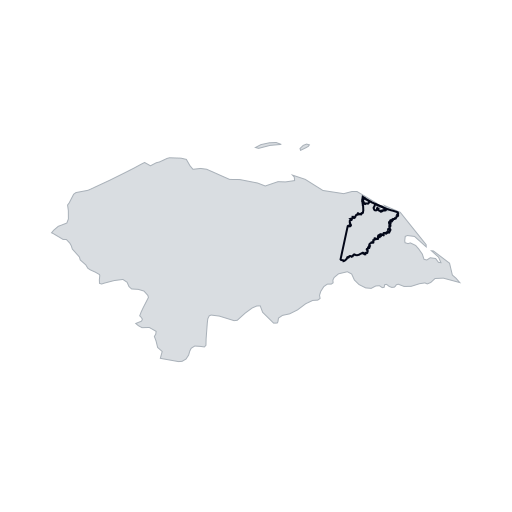 Brus Laguna, Gracias a Dios, Honduras shown in context, rotated 12°
{"feature_id": "27666195B63914214220022", "entity_name": "Brus Laguna", "entity_type": "district", "adm_level": 2, "iso_a3": "HND", "parent_name": "Honduras", "parent_adm1": "Gracias a Dios", "projection": "albers", "projection_center": [-84.625, 15.441], "detail": "fine", "context": "in_parent", "style": "outline", "palette": "ink", "viewbox_px": 512, "rotation_deg": 12, "n_neighbors": 0, "source": "geoboundaries", "source_scale": "gbopen_adm2", "svg_char_len": 8352}
<svg xmlns="http://www.w3.org/2000/svg" viewBox="0 0 512 512"><g transform="rotate(12 256 256)"><path d="M460.8,239.6L443.8,238.7L435.8,240.8L432.4,245.6L429.3,247.7L426.8,247.2L421.7,249.1L414.1,253.4L407.2,255.0L401.0,254.0L399.2,255.0L398.7,256.4L397.8,257.7L395.4,258.5L392.7,258.1L389.6,256.6L387.9,257.2L387.8,260.0L386.1,260.7L382.9,259.4L379.4,260.4L375.4,263.7L369.9,264.4L362.7,262.5L357.2,259.0L353.3,253.7L348.6,252.4L340.4,256.3L336.9,260.8L336.2,263.6L337.0,266.2L335.5,267.8L331.6,268.7L328.7,271.8L326.7,277.1L326.3,281.2L327.5,284.2L325.6,286.3L320.6,287.7L314.6,292.3L307.8,300.1L300.9,305.6L294.2,308.6L290.9,312.1L291.1,315.9L290.7,317.1L289.4,317.5L287.2,318.0L274.2,309.7L270.5,303.9L267.2,304.7L263.1,307.6L257.3,314.1L251.0,322.8L248.0,323.8L232.6,322.4L224.4,323.1L222.7,324.2L221.9,327.4L222.3,331.8L224.4,347.3L225.6,353.7L224.4,355.7L220.2,356.0L214.8,356.8L211.8,359.7L211.0,362.7L210.7,366.9L209.0,371.3L205.6,374.4L202.2,375.4L183.7,376.0L184.1,368.9L178.8,365.9L175.9,359.9L173.3,355.8L174.2,353.3L174.0,350.5L166.5,348.1L159.4,349.8L155.4,348.6L152.4,347.0L157.6,343.5L158.0,341.4L156.4,339.8L154.7,338.7L155.3,334.7L156.4,330.0L159.4,318.9L158.4,317.0L153.7,313.6L147.8,313.1L141.2,314.1L138.1,312.3L135.4,308.5L130.7,306.6L122.4,309.5L113.6,313.9L110.8,315.5L108.6,315.3L107.7,311.8L107.3,307.7L106.8,306.7L102.2,305.2L96.7,304.0L94.0,302.9L91.4,300.1L84.9,296.4L83.5,293.7L74.9,287.4L73.2,284.4L71.3,282.2L67.1,279.3L63.8,279.9L52.9,276.2L51.2,275.8L52.8,272.8L56.4,268.1L64.1,263.1L64.8,258.8L63.0,250.6L61.1,245.3L62.2,243.0L64.8,233.5L66.7,231.4L77.7,226.8L78.7,226.2L87.5,219.6L97.2,212.3L107.3,204.3L118.5,195.3L124.7,190.0L127.6,187.7L134.0,189.7L139.1,185.5L142.0,184.1L148.8,179.0L151.0,177.9L162.3,175.9L167.8,176.0L172.6,181.4L176.3,184.3L183.5,181.9L189.6,181.4L214.3,186.6L224.2,184.6L242.4,184.3L250.5,185.6L262.1,178.7L269.5,177.4L278.1,174.2L277.0,170.8L274.9,169.3L288.2,170.8L307.8,178.0L328.8,176.8L336.4,173.0L341.3,171.9L362.7,179.2L368.4,184.7L372.8,185.3L376.3,184.0L377.2,182.9L373.0,181.6L371.0,179.9L388.0,183.3L420.0,209.5L420.6,211.7L407.0,203.9L399.8,204.5L397.9,205.8L398.3,210.1L399.0,212.0L402.1,212.3L404.3,211.1L410.0,212.5L413.7,215.3L418.3,219.6L421.0,224.3L423.9,224.4L426.8,221.5L432.2,221.1L435.8,224.3L438.3,224.1L434.8,219.2L426.5,214.4L428.5,214.2L446.8,222.8L452.0,233.8L456.3,236.2L460.8,239.6ZM246.7,144.9L236.1,150.2L232.9,150.0L237.7,146.0L245.5,142.5L252.1,140.8L257.5,141.6L246.7,144.9ZM282.6,139.5L277.6,143.4L276.7,141.7L279.2,138.0L282.2,136.0L285.1,136.2L284.4,137.8L282.6,139.5Z" fill="#d9dde1" stroke="#a8b0b8" stroke-width="1"/><path d="M339.5,207.7L339.4,241.7L340.1,242.2L342.3,242.1L342.5,242.2L342.7,242.8L343.1,242.6L344.0,241.8L344.6,241.0L344.6,240.8L345.2,240.2L345.4,239.6L345.5,238.8L345.7,238.1L346.0,238.1L346.6,238.4L346.9,238.2L347.1,237.9L347.0,237.3L347.3,236.9L347.8,236.5L348.8,236.4L349.5,236.9L349.8,236.7L350.0,236.4L350.5,236.3L350.6,236.0L350.7,235.3L351.1,235.0L351.3,235.0L351.5,234.7L351.4,234.3L351.7,234.0L353.0,234.2L353.5,234.4L354.8,234.2L356.6,233.3L357.2,232.7L357.6,232.3L358.3,231.8L359.2,231.0L359.7,230.6L360.0,230.6L360.1,231.2L360.4,231.4L361.5,231.5L361.9,231.8L362.3,231.7L362.2,231.5L362.0,231.3L362.0,231.1L362.2,230.8L362.2,230.2L362.6,230.1L363.3,230.4L363.9,230.1L364.2,229.7L364.2,229.3L364.1,228.8L364.3,228.0L364.2,227.6L364.0,227.4L363.7,227.5L363.6,227.1L363.5,226.9L363.0,226.7L362.9,226.4L363.0,226.1L363.6,225.9L364.0,225.6L364.1,224.9L363.8,224.4L363.9,224.1L364.3,223.9L364.6,224.1L364.7,224.5L364.9,224.6L365.1,224.6L365.2,224.4L365.2,223.7L365.1,223.2L365.3,222.8L365.4,222.5L365.1,222.3L364.5,222.3L364.5,222.1L364.8,221.9L364.5,221.4L364.6,220.7L365.0,220.1L365.9,219.3L366.1,218.6L366.7,218.5L367.6,218.8L368.0,218.4L367.9,218.0L367.5,217.6L367.5,217.3L367.8,216.8L367.5,216.5L367.4,216.2L368.0,215.8L368.3,215.4L368.3,214.8L368.4,214.7L368.6,214.7L369.1,215.0L369.3,214.9L369.1,214.6L368.4,214.3L368.4,214.0L368.7,213.9L369.1,214.2L369.9,214.1L370.3,214.2L370.9,214.2L371.1,214.1L371.7,214.0L371.8,213.9L371.7,213.2L371.9,212.8L371.3,212.2L371.3,211.4L371.2,211.2L371.3,210.9L371.5,211.1L371.8,211.2L372.2,211.2L372.5,211.6L373.1,211.7L373.2,211.3L373.2,210.8L373.0,210.5L372.3,210.3L372.2,209.9L372.4,209.7L372.6,209.7L373.2,210.0L373.4,210.3L373.6,210.9L374.0,210.7L374.2,210.1L374.2,209.9L374.1,209.6L373.2,209.7L372.8,209.2L373.0,208.9L373.5,208.7L374.3,208.7L374.5,208.8L374.7,209.5L375.7,209.0L376.5,209.2L376.6,208.9L375.8,208.5L376.1,207.0L377.3,206.6L377.9,206.7L378.3,207.1L378.7,207.1L379.6,206.1L379.4,205.9L378.6,206.0L378.8,205.6L379.2,205.4L379.9,205.5L380.1,204.8L380.3,204.8L380.6,204.6L380.8,204.6L380.9,204.8L381.0,205.5L381.4,205.4L381.5,205.0L381.3,204.6L381.3,204.2L381.7,203.9L381.8,203.8L381.7,203.3L382.0,202.9L382.1,202.5L381.9,202.1L381.6,201.8L380.6,201.8L380.2,202.0L379.9,202.5L379.7,202.6L379.7,202.1L380.5,201.4L380.9,200.7L380.9,200.2L380.7,199.9L380.4,199.7L380.5,199.4L380.9,199.4L381.0,199.2L380.3,199.0L380.2,198.9L380.4,198.6L380.9,198.5L381.0,198.2L380.9,198.2L380.4,198.2L380.2,198.1L380.1,197.9L380.2,197.2L379.8,196.9L379.9,196.7L380.1,196.6L380.7,196.5L380.8,196.2L380.4,195.9L379.9,195.7L379.2,195.7L379.1,195.3L380.1,194.8L380.6,194.2L381.5,194.2L381.7,193.9L381.6,193.7L381.4,193.6L381.1,193.6L380.5,193.9L380.2,194.0L379.9,193.7L379.9,193.4L380.2,193.0L380.5,192.9L380.9,193.2L381.2,193.2L381.5,193.1L381.9,192.6L382.0,192.9L382.4,192.6L382.4,192.4L381.9,191.7L382.1,191.5L382.3,191.7L382.5,191.7L382.8,191.5L382.8,191.2L383.5,191.1L383.9,191.0L384.1,190.2L384.5,190.3L384.9,190.2L385.0,189.6L385.3,188.8L385.2,188.0L386.0,187.8L386.3,187.6L386.6,187.0L386.5,186.8L385.5,186.2L385.6,185.9L386.1,185.9L386.3,185.8L386.3,185.6L386.3,185.1L385.9,184.7L385.8,184.1L385.5,183.8L384.2,183.6L380.1,183.2L378.5,183.2L376.0,182.9L374.2,182.8L371.1,182.1L368.9,181.4L367.0,181.2L364.9,180.7L362.8,180.3L362.7,180.4L363.8,181.0L364.0,181.0L363.7,180.7L365.0,181.0L365.4,181.2L366.8,181.5L367.2,181.7L368.2,181.8L369.8,182.2L371.3,182.3L372.2,182.7L372.2,182.9L372.0,183.1L372.3,183.3L373.0,183.4L373.3,183.9L373.4,184.2L373.1,184.4L372.8,184.2L372.5,183.8L372.4,183.7L372.2,183.9L372.1,184.5L371.6,184.3L371.3,184.9L370.3,185.0L370.0,185.2L370.3,185.8L370.2,185.9L369.7,186.1L369.6,186.3L368.9,186.1L368.8,186.3L369.1,186.5L368.8,186.7L368.6,186.6L368.5,186.3L368.3,186.2L367.1,186.1L366.7,185.9L366.1,185.2L366.0,184.9L365.8,184.8L365.9,184.5L365.5,184.4L365.1,183.9L364.7,183.7L364.5,184.5L364.9,185.4L364.7,186.0L363.8,186.5L362.5,186.5L362.0,186.0L361.3,185.1L361.0,184.2L361.2,183.5L361.5,183.1L361.6,181.6L362.0,181.0L362.6,180.7L362.1,180.2L360.8,180.1L359.9,179.8L358.3,179.6L357.2,179.0L356.0,178.8L355.5,178.5L354.7,178.4L354.3,178.2L352.7,177.7L351.2,177.2L350.3,176.6L349.3,176.4L348.1,175.9L348.1,176.1L349.6,176.7L350.3,177.3L351.1,177.4L351.9,177.7L352.1,177.9L352.9,178.0L353.4,178.3L354.3,178.5L355.3,179.1L355.6,179.4L355.8,179.8L355.7,179.9L355.4,179.9L355.4,180.0L355.6,180.1L355.5,180.3L355.0,180.8L354.7,181.5L352.9,181.7L352.2,181.8L352.1,182.2L351.8,182.1L351.8,182.4L351.6,182.5L350.8,182.3L350.3,181.9L350.2,181.7L350.2,181.4L349.9,181.5L349.7,181.4L349.4,180.9L349.3,180.5L349.4,180.0L349.2,179.7L348.9,179.6L348.7,179.4L349.1,179.0L349.1,178.8L348.7,178.7L349.2,178.6L349.5,178.2L349.8,177.8L349.7,177.3L349.8,177.1L349.4,176.7L349.0,176.7L348.1,176.2L348.2,177.5L348.2,178.9L348.5,180.6L349.3,181.8L349.3,182.4L349.6,182.9L349.9,184.2L350.3,184.6L350.5,185.3L351.5,189.2L351.5,190.9L351.6,191.3L351.4,191.5L350.9,191.8L351.1,192.0L350.9,192.2L350.7,192.3L350.1,193.5L349.7,193.4L349.4,193.5L349.3,193.1L349.1,193.1L348.5,193.6L348.1,193.6L347.9,193.8L347.7,193.6L347.2,193.0L346.8,193.0L346.6,193.5L346.5,193.8L346.6,194.2L346.5,194.6L346.1,194.7L345.2,195.4L345.1,196.2L345.1,196.7L345.1,196.8L344.7,197.1L344.7,197.9L344.1,198.5L343.9,198.5L343.2,198.1L343.0,197.6L342.8,197.5L342.6,197.8L342.4,197.8L342.6,198.5L342.4,199.0L341.7,199.5L341.1,199.8L342.1,200.1L342.1,200.3L341.9,201.0L341.4,201.1L341.0,201.0L340.7,201.2L340.4,202.1L340.6,203.0L340.8,203.6L340.8,203.8L341.1,204.0L341.2,204.4L341.4,204.7L341.2,204.9L341.2,205.2L341.6,205.3L341.7,205.6L342.4,205.9L342.5,206.1L342.2,207.1L342.0,207.3L341.6,207.4L341.2,207.3L340.9,207.6L340.0,207.2L339.7,207.4L339.5,207.7Z" fill="none" stroke="#020617" stroke-width="2"/></g></svg>